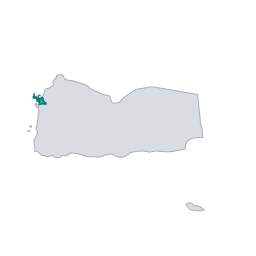 location of Alluhayah, Al Hudaydah, Yemen, rotated 20°
{"feature_id": "15242507B84016376764538", "entity_name": "Alluhayah", "entity_type": "district", "adm_level": 2, "iso_a3": "YEM", "parent_name": "Yemen", "parent_adm1": "Al Hudaydah", "projection": "orthographic", "projection_center": [42.589, 15.671], "detail": "fine", "context": "in_parent", "style": "filled", "palette": "teal", "viewbox_px": 256, "rotation_deg": 20, "n_neighbors": 0, "source": "geoboundaries", "source_scale": "gbopen_adm2", "svg_char_len": 5227}
<svg xmlns="http://www.w3.org/2000/svg" viewBox="0 0 256 256"><g transform="rotate(20 128 128)"><path d="M201.6,111.2L193.7,114.6L191.7,116.0L189.9,117.7L188.5,119.9L187.7,123.5L188.6,126.8L188.6,128.5L186.6,129.8L184.7,130.7L182.6,132.1L181.3,132.5L180.2,133.6L179.0,134.3L174.6,136.4L169.7,138.0L161.9,140.1L158.9,142.0L156.2,143.4L152.0,143.9L146.3,145.9L143.2,147.4L139.2,149.9L138.4,150.6L137.7,152.4L136.5,153.9L134.2,156.4L132.4,157.7L131.2,157.8L128.8,158.5L126.1,158.7L121.4,158.0L120.2,158.6L119.2,159.6L115.6,161.3L112.0,164.7L109.4,165.7L105.0,166.8L102.0,168.2L100.0,168.8L97.3,169.2L92.5,169.1L87.8,169.7L83.6,170.7L81.6,172.5L79.3,175.3L75.6,176.5L74.7,177.5L73.5,179.6L71.1,180.1L68.9,180.5L66.6,179.6L62.4,182.2L60.8,182.6L58.4,182.7L56.6,183.2L55.4,183.1L53.8,182.1L50.5,181.0L48.1,181.8L47.9,179.4L43.9,172.2L44.7,166.0L44.7,165.1L43.9,162.3L41.5,159.7L41.6,156.5L40.8,154.2L40.2,151.8L40.4,151.2L40.4,150.6L39.2,146.9L38.8,146.2L38.6,145.4L39.0,144.8L39.0,144.1L38.4,143.0L37.7,140.9L34.5,139.2L35.1,137.6L35.8,138.2L36.6,138.6L36.8,137.6L36.8,136.8L35.4,132.1L37.4,125.7L36.8,120.0L39.8,117.7L40.5,117.0L41.0,116.4L41.7,115.1L42.7,114.7L43.0,113.3L43.0,112.6L42.3,112.0L41.9,110.4L42.0,108.4L42.2,107.5L42.5,106.0L43.5,105.4L43.8,105.0L43.0,104.0L43.0,103.4L44.8,101.8L45.5,101.3L46.7,100.8L47.6,100.8L48.6,101.0L49.5,101.5L50.5,102.3L51.4,103.3L52.9,103.6L53.9,103.5L54.7,103.9L55.4,103.7L56.2,103.2L57.4,103.2L58.5,102.7L61.7,102.4L64.8,102.5L68.0,102.0L71.2,102.0L74.4,102.0L75.1,102.1L75.9,102.4L78.6,103.8L80.7,104.1L84.8,104.4L89.3,104.7L93.1,105.0L96.4,104.6L99.1,104.3L99.8,104.3L100.6,105.2L102.3,107.4L103.9,109.5L106.6,109.6L108.3,108.7L110.2,107.6L111.3,106.7L112.5,103.2L113.4,101.0L115.3,98.4L116.9,96.3L119.0,93.5L120.2,91.9L122.5,88.8L124.7,87.6L129.0,85.2L133.3,82.8L136.0,81.3L138.4,80.6L142.4,79.9L147.0,79.0L151.7,78.2L156.7,77.3L162.2,76.3L166.0,75.6L170.8,74.7L174.8,74.0L178.4,73.3L182.0,72.6L182.8,74.3L183.6,75.9L184.4,77.5L185.2,79.2L186.0,80.8L186.7,82.5L187.5,84.1L188.3,85.8L189.1,87.4L189.9,89.1L190.7,90.7L191.5,92.3L192.2,94.0L193.0,95.6L193.8,97.3L194.6,98.9L195.4,100.5L196.5,101.0L197.3,102.5L198.4,104.7L199.4,106.9L200.5,109.0L201.6,111.2ZM215.6,178.0L216.6,178.2L218.1,177.5L222.4,177.2L227.7,178.8L226.8,179.3L226.2,180.0L223.9,180.8L221.7,182.3L215.1,183.4L213.2,183.1L211.5,181.8L208.5,180.1L209.6,178.9L209.8,178.4L210.2,177.8L211.9,176.9L213.6,176.9L215.6,178.0ZM36.6,160.4L36.4,160.8L36.1,160.7L35.1,159.8L36.2,158.8L36.8,159.7L36.6,160.4ZM33.4,138.0L32.9,138.4L32.7,137.7L33.1,136.2L33.6,135.8L33.9,136.9L33.7,137.5L33.4,138.0ZM36.1,164.9L35.0,165.4L35.8,164.1L36.5,163.8L36.1,164.9Z" fill="#d9dde1" stroke="#a8b0b8" stroke-width="1"/><path d="M37.0,128.6L36.9,128.6L36.8,128.8L36.7,128.8L36.6,129.0L36.5,129.3L36.4,129.3L36.3,129.5L36.2,129.7L36.1,129.8L36.0,130.0L35.9,130.0L35.8,130.4L35.6,130.6L35.4,130.8L35.3,131.0L35.2,130.9L35.2,131.0L35.2,130.9L35.0,131.0L35.0,131.4L35.3,131.4L35.4,131.6L35.3,131.8L35.2,131.8L35.1,132.0L35.3,132.3L35.2,132.4L35.3,132.5L35.5,132.9L35.6,133.1L35.4,133.3L35.4,133.5L35.2,133.6L35.2,133.8L35.3,133.8L35.5,133.9L35.8,134.1L35.9,134.3L36.0,134.3L36.1,134.5L36.1,134.8L36.2,135.0L36.4,135.2L36.4,135.3L36.4,135.5L36.5,135.7L36.4,135.8L36.4,135.7L36.4,135.8L36.3,136.1L36.4,135.9L36.4,136.0L37.2,135.9L37.5,135.7L38.4,135.0L39.1,134.6L40.3,133.8L40.6,133.9L40.5,134.2L41.1,134.1L41.3,134.0L41.9,133.8L42.7,133.7L42.5,132.8L42.4,132.6L42.1,132.5L41.9,132.4L41.5,132.5L41.3,132.5L41.0,132.2L40.7,132.1L40.3,132.0L40.2,131.9L40.0,131.7L39.8,131.5L39.6,131.4L39.4,131.5L39.2,131.5L39.0,131.4L38.9,131.0L38.7,130.8L38.6,130.7L38.5,130.3L38.4,130.1L38.2,129.8L38.1,129.3L37.9,129.2L37.0,128.6ZM30.1,130.5L29.9,130.7L30.0,130.7L30.0,130.8L30.1,131.0L30.1,131.3L30.2,131.2L30.5,131.2L30.8,131.3L31.2,131.3L31.3,131.3L31.6,131.3L31.7,131.2L31.4,131.1L31.2,131.0L31.2,130.9L31.0,131.0L30.8,131.0L30.8,130.9L30.7,130.9L30.4,130.8L30.2,130.6L30.1,130.5ZM28.6,130.7L28.7,130.2L28.8,130.0L28.8,129.8L28.7,129.8L28.5,130.3L28.4,130.5L28.6,130.7ZM33.7,132.2L33.4,132.2L33.3,132.3L33.5,132.4L33.5,132.5L33.8,132.6L34.0,132.5L33.9,132.4L33.7,132.3L33.7,132.2ZM28.7,131.1L28.4,131.3L28.4,131.5L28.5,131.6L28.6,131.8L28.7,132.0L28.8,132.0L28.7,131.6L28.7,131.4L28.6,131.2L28.7,131.1ZM28.7,129.0L28.7,128.9L28.6,128.7L28.3,128.4L28.3,128.5L28.3,128.8L28.4,129.0L28.5,129.0L28.7,129.0ZM33.7,130.7L33.9,130.4L33.9,130.2L34.0,130.2L33.9,130.2L33.7,130.3L33.6,130.5L33.7,130.7ZM34.1,133.9L34.4,133.8L34.4,133.7L34.1,133.8L34.1,133.9ZM31.9,131.0L32.0,130.9L31.9,130.8L31.9,131.0ZM33.0,131.2L32.8,131.2L32.7,131.2L32.9,131.2L33.0,131.2L33.0,131.2ZM32.8,133.5L32.9,133.4L32.7,133.5L32.8,133.5ZM31.3,130.2L31.2,130.1L31.3,130.2ZM33.4,127.8L33.5,127.7L33.4,127.7L33.4,127.8L33.4,127.8ZM32.9,129.4L33.1,129.4L32.9,129.3L32.9,129.4ZM32.8,132.4L32.7,132.4L32.7,132.5L32.8,132.5L32.8,132.4ZM34.9,128.3L35.0,128.4L34.9,128.3ZM34.8,128.6L34.7,128.6L34.8,128.6L34.8,128.6ZM32.3,131.0L32.2,131.0L32.3,131.0ZM31.1,128.9L30.9,128.9L31.0,128.9L31.1,128.9ZM29.8,131.0L29.7,131.0L29.8,131.1L29.8,131.0ZM31.9,133.1L32.0,133.1L31.9,133.1ZM35.3,130.7L35.2,130.7L35.2,130.8L35.3,130.8L35.3,130.7L35.3,130.7Z" fill="#14b8a6" stroke="#0f766e" stroke-width="1.5"/></g></svg>